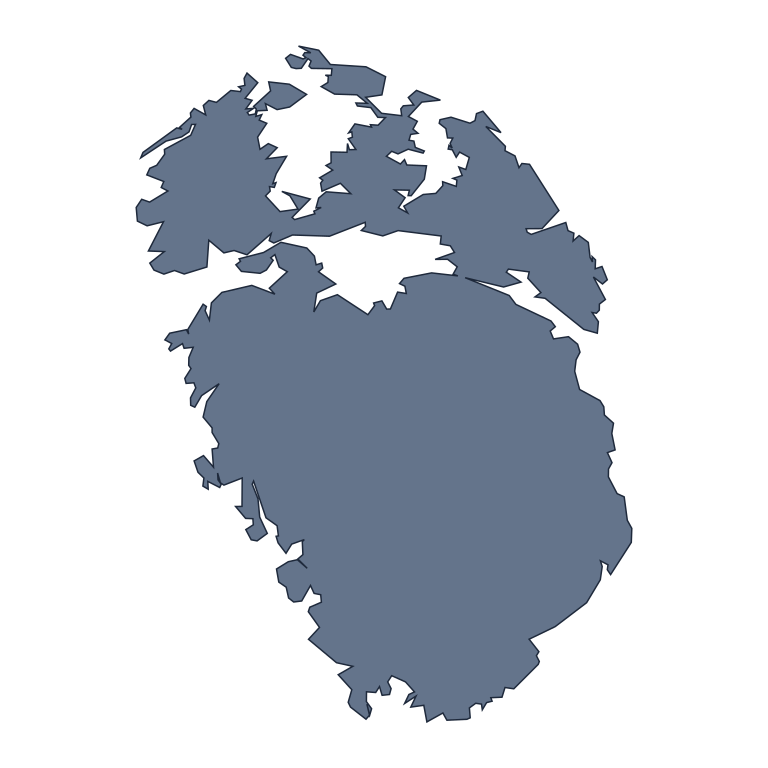 Fedje nor, Norway (orthographic projection)
{"feature_id": "86288312B30337724533689", "entity_name": "Fedje nor", "entity_type": "district", "adm_level": 2, "iso_a3": "NOR", "parent_name": "Norway", "parent_adm1": "", "projection": "orthographic", "projection_center": [4.716, 60.769], "detail": "fine", "context": "isolated", "style": "filled", "palette": "slate", "viewbox_px": 768, "rotation_deg": 0, "n_neighbors": 0, "source": "geoboundaries", "source_scale": "gbopen_adm2", "svg_char_len": 6087}
<svg xmlns="http://www.w3.org/2000/svg" viewBox="0 0 768 768"><path d="M318.7,50.2L298.5,46.1L310.8,52.8L304.8,52.6L303.0,55.2L305.9,57.7L303.1,58.9L290.5,54.4L285.6,58.3L291.3,67.4L296.1,68.6L301.3,68.3L308.0,58.6L311.1,61.0L309.0,66.1L311.4,68.4L331.9,68.7L331.3,75.3L325.3,75.2L328.3,76.5L327.9,82.5L321.2,86.6L334.6,94.1L356.9,94.8L367.3,103.3L355.9,103.0L357.4,106.0L370.8,107.6L377.8,117.3L385.4,117.6L378.1,125.2L370.4,124.7L371.5,127.1L354.9,123.9L348.6,132.9L351.8,131.9L352.4,137.2L348.3,138.7L355.9,149.5L349.4,149.7L347.5,143.5L347.0,152.3L331.0,152.0L331.1,162.8L326.0,165.5L332.7,170.1L319.6,177.8L322.8,180.2L320.6,183.2L322.0,191.2L340.4,183.3L350.8,193.7L326.2,191.8L318.7,198.1L316.0,207.9L321.2,207.5L313.8,211.2L314.9,213.8L294.6,219.6L292.1,217.4L310.2,199.0L281.8,191.4L289.9,195.8L298.0,209.1L280.0,211.6L265.5,195.9L270.2,191.1L269.5,186.6L274.3,187.4L276.0,182.6L272.8,183.7L276.2,173.7L286.6,156.3L266.4,158.8L277.2,147.7L268.3,143.6L260.0,149.3L257.6,137.1L266.8,123.3L259.2,120.1L261.8,114.6L255.8,116.4L257.3,110.8L267.1,110.3L265.4,103.6L277.1,109.6L289.7,107.0L306.6,94.4L289.3,84.2L268.7,81.9L270.6,90.9L253.6,106.4L256.3,109.1L255.3,113.9L249.1,115.1L247.3,112.5L253.6,108.3L245.8,108.9L252.1,100.3L245.1,98.3L257.8,82.7L247.0,73.1L244.1,78.4L244.9,85.4L238.6,86.8L241.5,89.1L240.4,91.6L230.8,90.5L216.4,102.4L208.9,100.4L203.3,105.5L205.7,114.9L194.1,108.4L190.4,113.0L190.9,117.1L179.6,127.3L182.1,129.3L176.7,127.9L143.0,152.4L140.7,157.9L166.1,141.1L181.6,136.9L189.0,131.9L191.6,124.5L195.5,124.4L190.7,135.3L164.4,149.5L164.7,154.2L156.7,165.3L149.8,168.3L146.8,174.9L163.8,181.5L161.2,187.5L167.9,191.0L149.6,202.1L141.7,199.3L136.2,207.5L137.4,221.1L147.1,225.8L163.5,221.7L148.4,251.0L164.3,251.6L149.8,263.1L154.0,270.1L163.9,274.1L174.5,270.5L184.2,274.0L206.9,267.0L208.8,240.2L223.9,252.9L234.1,250.5L247.0,254.8L271.2,233.5L269.2,240.6L273.8,243.0L292.5,235.0L329.5,236.2L365.2,222.3L365.5,226.4L361.3,230.5L382.8,235.9L398.1,230.6L441.2,236.0L440.3,244.0L450.3,245.8L454.5,252.5L435.1,259.4L447.6,259.3L457.2,266.8L453.1,274.2L457.9,275.9L431.6,272.9L404.0,278.3L399.5,283.6L404.9,286.2L406.3,293.5L397.6,292.1L390.4,309.0L386.7,309.1L381.9,300.9L373.6,303.0L374.6,305.7L367.9,314.7L337.4,294.7L320.4,300.7L313.8,312.0L316.7,293.1L335.8,284.0L318.5,271.8L322.7,268.0L321.7,263.1L316.1,264.8L314.4,256.1L306.8,248.0L280.9,242.3L263.6,252.5L239.1,258.8L240.5,261.3L235.9,264.8L241.4,271.4L260.1,273.3L266.4,270.0L273.2,260.3L270.7,257.8L274.9,254.6L279.2,267.1L287.3,271.7L269.3,288.2L274.9,294.2L251.8,285.4L221.9,292.4L211.4,302.9L209.4,320.1L205.1,310.7L206.4,306.5L203.1,304.2L187.8,329.5L188.7,334.1L186.4,329.7L169.7,333.2L164.9,339.9L171.7,343.5L168.8,348.9L170.5,351.1L182.5,343.6L184.1,348.3L193.2,347.3L188.9,357.5L188.7,365.3L191.0,368.6L184.8,378.4L186.1,383.4L193.9,382.8L195.8,387.9L190.5,397.9L190.7,405.3L194.8,407.2L201.6,395.6L219.1,383.7L206.8,401.6L203.1,417.1L212.1,427.9L212.1,432.5L218.8,443.6L217.7,448.0L212.1,449.0L213.5,467.2L203.5,455.6L194.1,460.9L198.0,472.3L203.9,478.0L202.9,486.1L208.2,489.2L207.8,481.4L219.7,487.5L221.2,484.3L218.0,479.8L217.6,473.0L220.4,482.8L223.9,485.1L242.2,478.0L242.0,506.4L235.6,506.5L245.6,518.4L252.9,518.7L253.3,524.8L245.8,529.6L251.2,539.8L257.1,540.9L267.3,533.4L259.7,517.1L258.0,498.9L252.2,484.2L253.6,481.1L266.0,517.8L277.1,525.7L278.4,535.9L276.1,536.3L278.1,542.9L286.0,553.3L291.7,544.1L304.3,539.6L302.3,541.6L302.9,554.6L297.8,559.0L307.2,568.3L297.4,559.7L288.3,561.7L276.5,569.0L278.8,582.1L286.2,587.2L288.6,598.0L293.7,602.0L301.7,601.0L310.5,585.5L314.1,593.4L320.7,594.7L321.4,602.2L309.8,607.2L308.3,611.7L319.5,627.4L308.5,639.3L336.5,662.7L352.8,666.3L338.2,674.7L351.8,689.7L348.2,702.3L350.5,707.1L366.0,719.2L369.5,715.2L366.9,704.1L369.7,715.1L371.6,708.7L366.4,701.6L366.5,691.8L375.7,692.5L379.5,686.6L382.1,695.3L389.5,694.5L391.1,688.6L387.7,681.9L391.7,675.7L405.5,681.9L414.5,691.9L408.9,694.5L404.6,703.5L416.0,696.1L410.8,707.1L423.8,705.3L426.9,721.9L442.9,713.0L446.9,720.2L466.9,719.3L470.2,717.8L469.4,707.9L475.7,703.3L481.5,704.1L482.3,709.8L486.6,702.6L492.1,701.2L490.8,697.7L502.0,697.2L505.0,687.5L513.8,688.8L538.2,664.4L539.3,661.5L536.4,655.7L538.9,651.7L529.1,639.2L555.2,626.6L586.6,602.7L600.3,579.8L602.2,566.5L600.4,560.8L608.0,564.8L607.3,569.7L610.6,574.6L631.3,542.4L631.8,528.4L627.3,520.3L624.2,496.9L617.1,493.6L608.4,476.9L608.5,469.0L612.0,462.7L607.4,452.6L615.1,449.9L611.8,433.5L613.5,423.2L604.4,415.0L603.8,406.8L600.0,400.6L579.6,389.5L574.7,371.3L576.1,359.8L580.0,352.2L577.6,344.2L568.5,336.7L553.5,338.9L550.2,331.0L555.3,326.7L551.0,321.0L515.9,304.4L509.2,295.5L465.1,277.7L503.6,287.0L521.0,282.1L506.3,272.2L508.4,269.1L529.2,271.9L527.8,278.2L540.9,292.6L535.0,296.9L545.1,298.3L583.8,329.4L597.3,333.2L598.4,321.7L592.1,312.5L596.4,313.2L599.3,310.2L599.4,304.1L605.4,299.5L593.4,277.0L602.5,284.0L607.3,279.8L602.0,266.5L595.2,268.8L595.5,259.9L592.1,256.6L592.5,262.0L590.1,257.5L588.3,242.4L579.1,235.6L573.1,241.0L573.9,233.2L568.0,230.6L565.8,222.5L531.2,234.4L527.2,232.2L526.1,228.7L542.0,228.6L558.9,210.5L529.5,164.3L521.9,163.5L519.0,167.7L515.0,155.9L505.0,150.7L505.4,146.3L485.8,126.5L501.0,132.6L482.9,111.2L476.5,113.6L475.0,120.6L470.0,123.2L451.0,117.2L440.0,119.7L439.2,123.3L445.9,128.6L447.5,137.9L452.8,138.1L450.1,143.4L452.2,148.1L449.0,145.3L448.2,149.1L452.3,149.8L456.2,157.3L459.6,152.1L469.3,157.4L465.8,169.5L458.8,167.0L462.2,175.5L452.9,178.4L456.9,180.1L456.3,186.4L442.6,181.7L442.8,185.7L435.8,193.4L423.2,194.5L403.8,206.2L407.6,212.9L398.4,207.8L405.1,197.7L394.4,189.9L409.4,190.2L408.1,195.6L411.2,195.7L424.3,179.2L426.5,165.8L406.8,165.0L404.5,159.6L400.4,164.0L386.4,156.3L391.7,151.3L398.0,153.9L408.2,149.2L423.1,153.1L424.3,151.0L415.3,147.4L413.9,141.1L409.0,140.2L410.7,134.4L418.0,133.3L413.0,129.1L417.3,121.3L408.4,116.5L421.8,102.1L440.4,100.1L416.5,90.4L408.3,97.5L413.8,105.0L403.3,105.8L400.8,108.9L401.7,115.7L381.6,113.3L365.6,97.3L381.9,94.9L385.6,76.7L366.0,66.8L330.4,64.5L318.7,50.2Z" fill="#64748b" stroke="#1e293b" stroke-width="1.5"/></svg>